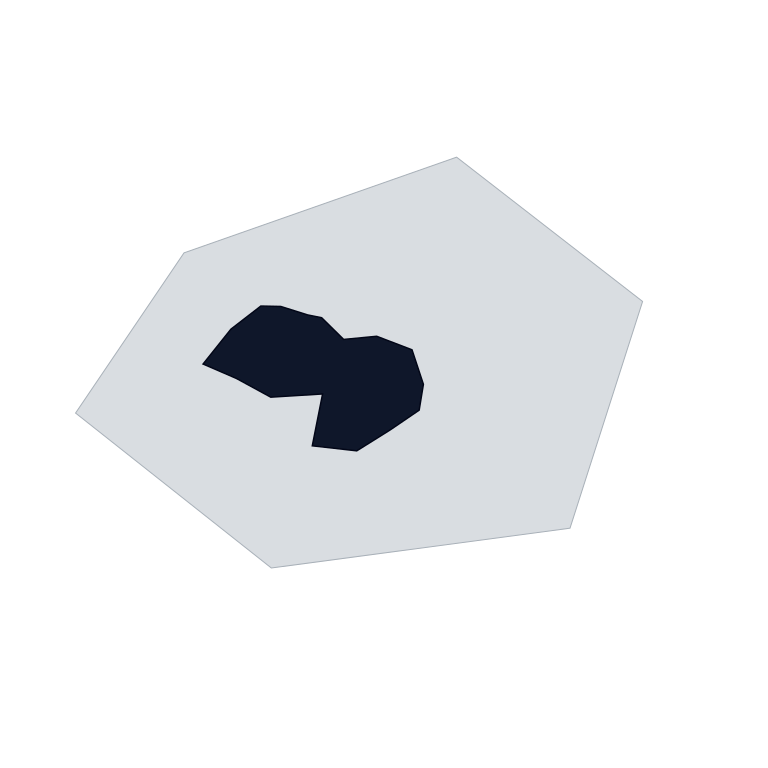 Domagnano on a map of San Marino (Equal Earth projection), rotated 227°
{"feature_id": "SMR-4887", "entity_name": "Domagnano", "entity_type": "state/province", "adm_level": 1, "iso_a3": "SMR", "parent_name": "San Marino", "parent_adm1": "", "projection": "equal_earth", "projection_center": [12.471, 43.949], "detail": "fine", "context": "in_parent", "style": "filled", "palette": "ink", "viewbox_px": 768, "rotation_deg": 227, "n_neighbors": 0, "source": "natural_earth", "source_scale": "10m", "svg_char_len": 533}
<svg xmlns="http://www.w3.org/2000/svg" viewBox="0 0 768 768"><g transform="rotate(227 384 384)"><path d="M500.4,591.8L268.0,629.4L151.7,421.7L326.3,176.1L573.1,138.6L616.3,327.2L500.4,591.8Z" fill="#d9dde1" stroke="#a8b0b8" stroke-width="1"/><path d="M522.0,265.3L528.5,309.5L525.0,347.1L511.1,361.4L486.7,375.2L475.0,383.6L444.1,384.9L423.9,411.2L389.9,427.8L356.9,412.6L340.9,391.9L346.2,357.3L353.7,318.5L387.7,289.4L418.6,332.3L451.6,292.2L488.8,279.8L522.0,265.3Z" fill="#0f172a" stroke="#020617" stroke-width="1.5"/></g></svg>